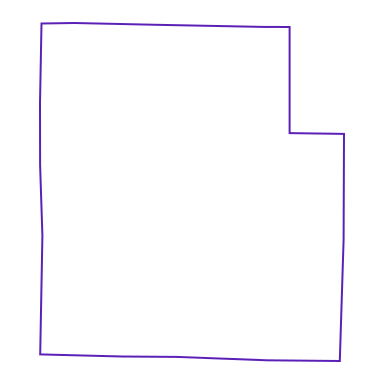 Texas, Missouri, United States of America
{"feature_id": "52423323B54713673319448", "entity_name": "Texas", "entity_type": "district", "adm_level": 2, "iso_a3": "USA", "parent_name": "United States of America", "parent_adm1": "Missouri", "projection": "robinson", "projection_center": [-91.991, 37.327], "detail": "fine", "context": "isolated", "style": "outline", "palette": "violet", "viewbox_px": 384, "rotation_deg": 0, "n_neighbors": 0, "source": "geoboundaries", "source_scale": "gbopen_adm2", "svg_char_len": 319}
<svg xmlns="http://www.w3.org/2000/svg" viewBox="0 0 384 384"><path d="M40.0,103.4L40.1,164.8L42.4,235.8L40.2,354.4L122.0,356.5L176.3,356.9L267.4,360.3L339.8,361.0L343.6,239.8L344.0,133.9L289.6,133.1L289.6,27.0L262.4,26.9L151.9,24.7L74.7,23.0L41.5,23.5L40.0,103.4Z" fill="none" stroke="#5b21b6" stroke-width="2"/></svg>